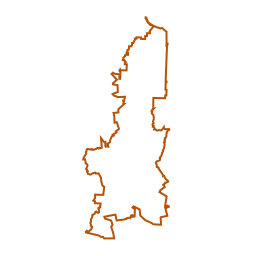 Cajeme, Sonora, Mexico (orthographic projection), rotated 182°
{"feature_id": "50627088B55072426150825", "entity_name": "Cajeme", "entity_type": "district", "adm_level": 2, "iso_a3": "MEX", "parent_name": "Mexico", "parent_adm1": "Sonora", "projection": "orthographic", "projection_center": [-109.903, 27.712], "detail": "fine", "context": "isolated", "style": "outline", "palette": "amber", "viewbox_px": 256, "rotation_deg": 182, "n_neighbors": 0, "source": "geoboundaries", "source_scale": "gbopen_adm2", "svg_char_len": 5761}
<svg xmlns="http://www.w3.org/2000/svg" viewBox="0 0 256 256"><g transform="rotate(182 128 128)"><path d="M146.3,181.5L140.7,175.9L144.5,172.3L144.6,171.1L140.0,170.5L139.4,163.6L143.4,162.0L144.6,161.3L142.9,159.7L139.8,158.9L139.6,158.5L132.1,159.1L133.0,154.4L133.7,154.7L133.2,152.9L133.5,152.3L133.1,152.0L132.6,152.0L138.4,146.3L138.1,143.3L143.0,142.5L142.2,139.5L141.6,132.8L139.4,133.4L137.0,126.7L137.9,125.9L139.1,125.0L139.2,124.7L140.1,124.2L139.4,123.1L140.8,122.1L141.9,121.7L142.5,121.0L142.9,120.8L142.0,119.9L143.7,119.2L143.9,119.0L144.1,118.2L144.4,118.1L145.4,114.9L145.5,113.6L145.7,113.0L147.3,112.0L147.9,111.7L148.0,111.5L147.9,111.1L147.6,111.0L147.5,110.6L147.3,110.3L147.2,110.0L147.3,109.8L147.2,109.3L147.3,108.9L147.2,108.7L149.0,108.9L149.0,108.7L149.5,108.6L149.7,109.1L150.0,109.2L150.1,113.3L151.1,112.9L152.9,114.8L154.6,116.9L153.5,107.4L155.3,106.7L155.9,106.8L156.1,107.2L156.6,107.0L156.8,106.7L156.9,106.8L157.7,107.0L158.4,106.7L158.9,106.1L160.0,105.8L161.1,105.1L161.6,105.0L162.3,105.3L162.5,105.1L163.6,105.8L163.8,105.6L163.8,105.1L167.8,105.7L168.7,104.8L168.6,103.6L169.2,102.6L168.8,101.1L171.4,96.5L171.6,95.0L169.8,95.2L169.0,91.1L168.5,91.1L168.2,90.7L167.4,90.1L167.1,89.2L168.4,85.7L167.9,85.6L166.8,83.6L167.5,83.4L166.5,80.8L164.3,80.2L163.6,80.2L161.8,81.5L159.2,82.3L158.7,81.4L155.8,81.6L153.3,77.4L152.9,74.1L151.7,69.9L151.4,69.5L149.7,68.4L150.4,60.4L155.2,60.2L158.6,60.3L158.4,56.9L160.1,54.2L158.5,53.7L158.5,51.7L152.8,51.6L152.8,51.4L152.7,51.3L152.7,50.4L153.2,49.6L153.2,49.1L152.9,48.5L152.9,48.0L153.6,47.5L154.4,47.5L154.7,47.2L154.6,46.5L154.8,46.4L154.8,46.2L154.1,45.7L154.0,45.1L154.0,43.0L154.3,42.5L154.7,42.2L155.5,42.3L156.7,43.4L156.9,43.4L157.2,43.1L157.7,42.9L157.8,42.6L157.7,42.1L158.3,41.2L159.6,40.2L160.3,40.1L160.5,39.9L160.7,39.5L160.5,38.8L160.8,37.7L161.3,36.4L161.7,35.8L161.8,34.4L161.7,33.4L161.8,32.9L162.3,32.1L162.1,31.7L162.2,31.3L161.7,30.1L161.8,29.3L161.2,28.4L160.8,28.3L160.5,28.3L160.3,27.7L160.8,26.8L160.8,26.4L161.2,25.7L161.3,25.2L162.3,24.7L162.7,24.0L163.3,23.4L164.7,23.2L165.6,23.8L166.5,22.7L166.3,22.1L153.7,19.6L152.7,19.3L152.5,19.0L151.4,18.3L149.2,18.3L147.9,16.8L138.0,17.2L139.1,22.5L141.3,28.5L140.1,30.9L141.6,34.9L147.9,36.7L148.5,38.5L137.6,41.0L136.1,35.2L128.2,36.5L127.5,37.1L126.8,36.9L126.3,37.5L126.0,37.5L125.8,38.0L125.3,37.9L123.3,38.5L122.8,38.0L122.4,38.5L122.0,38.8L121.9,39.3L121.5,39.4L121.5,39.6L122.0,39.6L122.0,39.8L122.0,40.4L121.7,40.8L121.2,40.5L121.1,40.9L120.5,41.0L120.2,40.5L120.6,40.1L119.8,39.5L118.3,39.8L118.3,48.3L118.5,48.5L119.5,47.8L120.7,48.7L119.7,49.9L119.4,49.8L113.5,47.0L112.7,41.0L107.7,36.6L105.8,35.8L101.1,33.9L99.2,32.6L91.6,32.5L92.3,39.6L91.8,40.1L85.6,41.6L87.9,49.1L84.4,50.7L84.5,51.1L84.9,51.0L85.6,51.8L88.2,51.0L87.0,61.0L94.3,65.1L93.7,65.9L93.6,66.9L93.0,67.2L90.9,69.1L89.8,69.6L89.2,70.3L89.7,71.4L90.8,72.3L90.3,72.6L90.4,72.8L89.8,73.4L89.5,73.4L89.1,74.6L87.9,74.7L86.0,75.8L86.2,76.5L86.8,77.0L88.2,77.9L89.6,79.8L90.0,81.2L90.9,81.7L91.2,81.8L91.3,81.7L91.3,82.2L92.1,83.1L92.5,83.9L92.9,84.3L93.4,85.2L94.1,85.8L94.4,86.6L94.9,86.9L95.5,87.9L96.1,88.5L96.1,88.8L95.9,89.1L96.0,89.3L96.5,89.9L97.6,89.9L97.9,90.2L98.0,90.4L97.9,91.1L98.1,91.9L98.0,92.3L98.2,92.5L98.4,93.2L98.6,93.5L98.8,94.1L98.5,94.4L98.7,95.0L98.4,95.5L95.3,96.7L95.0,97.0L94.9,98.7L95.2,99.1L95.2,99.6L94.1,100.6L93.6,101.6L93.5,102.5L93.1,103.6L93.2,104.2L92.2,105.6L92.3,107.0L91.5,108.6L90.9,111.6L91.0,112.2L90.8,112.8L90.9,113.2L90.8,113.6L91.6,114.9L91.5,115.1L90.7,115.3L90.7,115.8L91.0,116.4L90.7,116.9L90.9,117.4L90.6,117.7L90.9,118.9L90.8,119.2L89.9,119.7L89.5,120.4L89.2,124.5L89.2,124.9L88.5,126.0L88.4,126.5L88.1,126.9L87.1,127.3L86.6,127.8L86.7,128.2L87.0,128.5L87.7,128.0L88.0,128.2L91.3,128.2L92.1,129.3L92.2,130.1L93.9,127.5L94.9,126.7L96.1,127.0L96.6,126.9L97.2,127.0L98.2,126.5L98.9,126.4L99.5,126.6L100.2,127.5L101.0,127.6L101.8,127.5L101.7,127.9L101.6,128.8L102.4,130.1L102.4,131.1L102.9,131.1L103.2,130.8L103.2,131.4L103.7,132.2L103.7,132.5L102.6,133.7L103.2,135.0L103.0,136.7L102.7,137.1L102.5,137.9L102.6,139.7L102.9,140.4L103.0,141.6L104.2,143.0L104.5,143.2L104.3,143.4L104.7,144.4L104.6,144.9L104.4,145.1L104.4,145.3L104.8,146.0L104.7,146.2L104.8,146.2L104.5,146.7L104.2,147.5L103.1,148.2L102.9,148.4L103.7,148.3L103.6,148.5L103.5,148.4L103.5,149.0L103.7,158.9L92.0,159.0L91.9,161.9L90.8,161.9L90.8,167.5L91.9,167.7L91.9,175.0L91.1,175.0L91.1,175.8L92.0,175.8L91.9,211.7L92.5,211.7L92.4,212.8L91.6,212.7L91.6,212.9L91.4,212.9L91.4,213.9L92.4,213.9L92.9,225.6L94.1,226.4L97.4,229.2L99.1,228.6L99.3,228.8L100.2,229.0L100.7,229.4L102.2,229.4L107.2,231.6L109.6,232.9L110.8,233.8L112.0,235.2L112.6,236.3L113.4,238.6L113.9,239.2L114.3,239.2L114.3,238.4L114.0,238.0L113.7,237.4L113.1,236.6L112.8,235.6L111.1,233.4L110.6,233.1L110.2,232.6L109.6,232.3L109.4,231.7L108.4,231.6L107.4,231.2L106.3,230.4L106.2,230.1L109.6,225.8L109.8,225.5L109.7,225.3L109.7,225.0L109.4,225.1L109.4,223.4L112.3,223.4L112.3,220.5L114.0,220.5L114.0,217.5L118.1,217.5L118.1,218.9L122.7,218.9L122.7,217.5L124.1,217.5L123.8,216.9L124.6,215.7L124.8,215.1L125.3,214.5L125.4,213.7L125.6,213.1L126.9,213.1L126.9,210.9L127.9,209.9L127.8,209.7L129.8,209.7L129.8,207.6L130.1,207.3L130.1,206.5L130.4,205.9L131.2,205.9L131.2,204.7L131.5,204.5L132.0,203.7L132.0,202.9L130.5,202.9L130.5,201.1L133.1,201.1L133.5,200.5L133.4,199.9L133.4,199.6L134.2,199.1L134.6,198.4L135.1,198.1L135.5,195.6L135.1,195.6L135.0,196.2L134.7,196.2L134.6,196.3L132.8,194.1L133.4,194.1L133.4,191.6L131.4,191.6L131.5,185.5L137.1,185.5L137.8,186.4L138.6,184.9L137.5,183.9L137.5,176.9L138.3,176.9L138.4,181.4L142.2,181.6L143.0,181.9L144.6,182.3L144.9,182.6L145.1,182.2L146.1,181.8L146.3,181.5Z" fill="none" stroke="#b45309" stroke-width="2"/></g></svg>